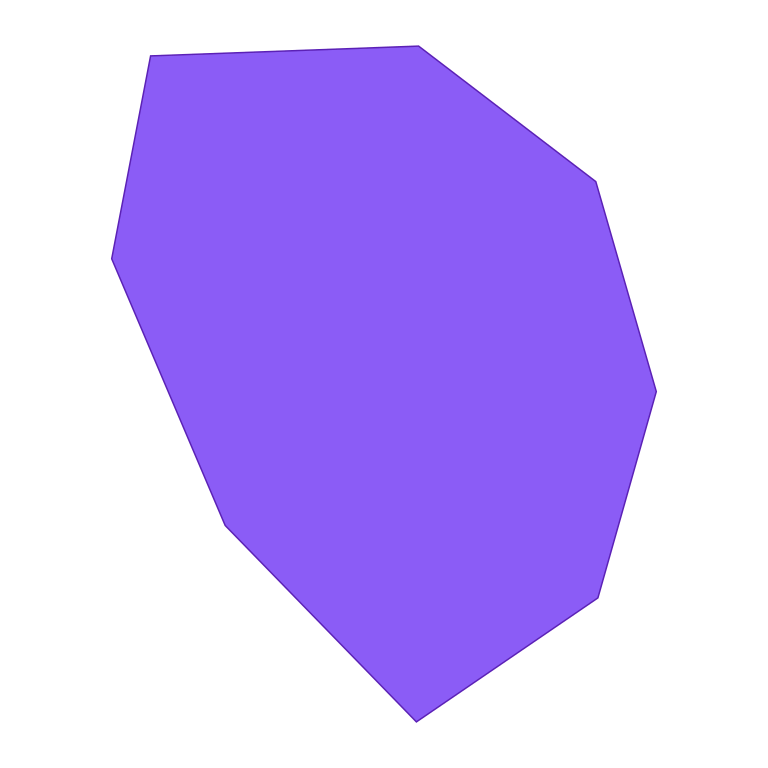 map outline of Angaur (orthographic projection)
{"feature_id": "PLW-5246", "entity_name": "Angaur", "entity_type": "state/province", "adm_level": 1, "iso_a3": "PLW", "parent_name": "Palau", "parent_adm1": "", "projection": "orthographic", "projection_center": [134.158, 6.91], "detail": "fine", "context": "isolated", "style": "filled", "palette": "violet", "viewbox_px": 768, "rotation_deg": 0, "n_neighbors": 0, "source": "natural_earth", "source_scale": "10m", "svg_char_len": 238}
<svg xmlns="http://www.w3.org/2000/svg" viewBox="0 0 768 768"><path d="M416.4,721.9L225.2,525.5L111.7,258.8L150.6,55.9L418.6,46.1L595.8,181.6L656.3,391.6L597.9,597.9L416.4,721.9Z" fill="#8b5cf6" stroke="#5b21b6" stroke-width="1.5"/></svg>